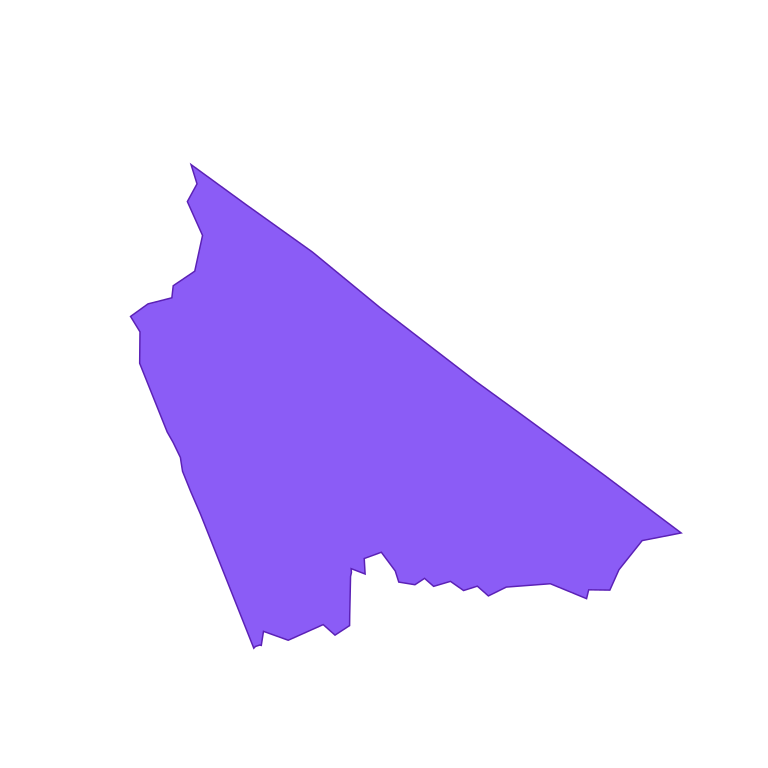 Southampton, Virginia, United States of America (Robinson projection), rotated 68°
{"feature_id": "52423323B94499029324325", "entity_name": "Southampton", "entity_type": "district", "adm_level": 2, "iso_a3": "USA", "parent_name": "United States of America", "parent_adm1": "Virginia", "projection": "robinson", "projection_center": [-77.053, 36.77], "detail": "fine", "context": "isolated", "style": "filled", "palette": "violet", "viewbox_px": 768, "rotation_deg": 68, "n_neighbors": 0, "source": "geoboundaries", "source_scale": "gbopen_adm2", "svg_char_len": 878}
<svg xmlns="http://www.w3.org/2000/svg" viewBox="0 0 768 768"><g transform="rotate(68 384 384)"><path d="M549.9,214.6L456.3,272.7L416.1,297.8L311.5,359.2L234.9,400.9L166.2,444.6L108.3,480.7L128.4,482.4L141.2,498.0L178.3,496.6L208.5,517.2L213.9,542.6L224.6,548.4L221.3,572.8L226.4,593.7L244.2,590.7L273.3,602.8L347.3,603.0L359.3,601.4L375.9,600.3L380.0,601.3L389.5,603.5L412.0,603.5L436.0,602.9L580.2,603.7L579.2,601.5L579.5,597.0L580.4,595.7L568.2,588.4L585.7,568.8L584.3,530.5L598.5,523.5L595.1,506.4L585.3,502.3L549.9,487.1L546.6,484.8L542.9,483.6L553.1,472.7L538.4,467.7L539.0,449.5L561.6,443.6L573.2,444.5L581.7,430.5L579.4,419.2L590.2,413.8L591.9,396.3L605.3,387.6L606.4,373.2L619.6,366.6L618.1,346.7L631.5,304.6L658.9,276.6L651.5,271.3L659.7,251.8L644.2,235.7L625.9,203.3L633.4,164.3L616.5,174.5L549.9,214.6Z" fill="#8b5cf6" stroke="#5b21b6" stroke-width="1.5"/></g></svg>